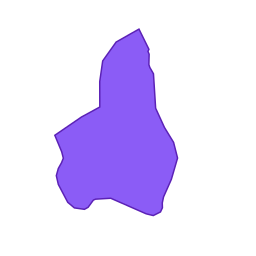 an SVG outline of Porto Novo, rotated 294°
{"feature_id": "CPV-5060", "entity_name": "Porto Novo", "entity_type": "state/province", "adm_level": 1, "iso_a3": "CPV", "parent_name": "Cabo Verde", "parent_adm1": "", "projection": "robinson", "projection_center": [-25.199, 17.027], "detail": "fine", "context": "isolated", "style": "filled", "palette": "violet", "viewbox_px": 256, "rotation_deg": 294, "n_neighbors": 0, "source": "natural_earth", "source_scale": "10m", "svg_char_len": 603}
<svg xmlns="http://www.w3.org/2000/svg" viewBox="0 0 256 256"><g transform="rotate(294 128 128)"><path d="M222.8,97.8L208.4,115.1L206.1,115.1L204.0,117.3L194.4,121.3L192.2,123.3L187.9,129.2L157.3,145.2L143.3,161.1L133.4,175.5L120.7,185.5L98.7,188.5L79.5,188.5L73.5,189.8L69.1,191.9L64.5,191.8L58.3,186.7L57.0,179.5L56.8,140.8L49.8,127.3L48.1,125.7L39.3,123.8L36.0,121.3L33.2,111.5L35.6,103.2L48.1,87.3L55.3,81.9L62.7,80.8L69.3,81.4L74.1,81.2L79.3,77.1L91.6,64.1L119.1,81.0L135.7,93.7L158.9,83.3L179.0,77.6L201.7,82.2L215.8,92.6L222.8,97.8Z" fill="#8b5cf6" stroke="#5b21b6" stroke-width="1.5"/></g></svg>